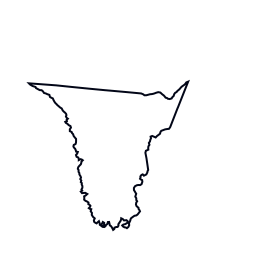 outline of Araguainha, Mato Grosso, Brazil, rotated 61°
{"feature_id": "56859067B18780861461560", "entity_name": "Araguainha", "entity_type": "district", "adm_level": 2, "iso_a3": "BRA", "parent_name": "Brazil", "parent_adm1": "Mato Grosso", "projection": "robinson", "projection_center": [-53.085, -16.703], "detail": "fine", "context": "isolated", "style": "outline", "palette": "ink", "viewbox_px": 256, "rotation_deg": 61, "n_neighbors": 0, "source": "geoboundaries", "source_scale": "gbopen_adm2", "svg_char_len": 3472}
<svg xmlns="http://www.w3.org/2000/svg" viewBox="0 0 256 256"><g transform="rotate(61 128 128)"><path d="M175.4,199.6L176.7,198.8L177.9,198.6L178.7,199.7L179.1,201.1L180.2,200.6L181.2,199.5L182.7,201.0L184.8,200.7L186.4,201.8L188.7,201.7L190.9,200.9L192.2,202.6L193.6,203.1L195.1,202.5L196.2,201.7L195.8,200.5L195.4,198.6L197.2,198.9L198.9,199.5L199.5,198.2L198.8,196.7L198.0,195.6L199.4,194.8L201.2,195.9L201.3,197.2L200.9,198.7L202.1,198.2L203.1,196.8L203.0,195.4L202.2,194.3L201.9,192.5L200.5,191.2L201.0,190.1L202.8,190.6L204.4,191.1L205.4,190.5L206.7,190.3L208.2,190.3L209.9,190.4L209.7,189.0L208.6,188.1L208.9,186.2L209.5,185.1L208.8,183.7L207.5,183.1L206.7,181.6L205.7,179.6L204.7,178.4L203.7,177.7L205.1,176.7L206.9,176.3L207.9,174.0L209.4,173.5L210.7,174.7L210.7,177.1L210.2,178.9L210.4,180.3L211.7,180.1L213.2,179.2L214.0,178.1L215.1,177.5L214.7,175.6L213.5,174.0L212.0,173.5L211.0,172.2L210.1,170.9L209.1,170.1L208.4,169.0L208.1,166.8L207.9,164.9L208.5,163.1L208.3,161.6L207.5,159.7L206.7,157.9L205.2,157.8L204.0,158.0L202.8,157.5L201.6,158.0L200.4,158.4L198.7,158.1L197.2,156.9L196.5,155.5L195.1,155.7L193.4,154.8L191.6,154.9L190.7,154.0L189.5,152.7L188.2,152.8L186.9,152.8L185.2,152.9L183.3,151.9L182.3,150.0L182.4,147.8L183.0,146.3L183.8,145.1L183.7,143.4L182.0,141.5L180.4,140.9L179.3,141.7L178.2,142.1L177.4,141.1L176.3,140.6L175.6,139.0L175.7,137.6L177.4,137.2L177.5,134.5L176.3,132.7L175.2,131.8L174.5,130.7L163.4,126.5L158.1,124.8L156.6,123.4L156.8,120.7L155.4,120.1L153.9,119.0L153.1,117.4L151.2,117.0L150.4,115.3L149.0,114.1L148.2,112.9L146.5,112.4L146.7,110.7L148.6,109.2L149.7,108.4L149.1,106.6L148.8,104.4L148.5,102.7L147.4,101.8L146.6,100.3L146.9,98.3L147.2,96.2L147.9,94.2L148.6,92.6L147.7,90.7L134.9,75.3L134.0,74.1L116.6,52.9L116.4,54.9L117.3,56.8L117.6,58.3L117.8,60.4L118.2,62.1L118.8,63.5L119.3,65.3L119.5,66.7L120.1,68.1L120.1,69.7L120.8,71.2L122.1,72.5L122.6,74.4L123.3,75.5L122.9,77.5L121.7,79.0L120.6,79.4L119.7,80.4L118.4,80.6L116.9,80.9L115.4,81.6L114.3,82.0L112.7,82.5L111.3,84.2L110.8,86.4L110.6,88.0L110.3,89.4L109.8,91.0L109.2,92.2L108.8,93.9L108.2,96.2L107.3,97.8L106.0,98.3L104.2,99.7L101.6,103.5L96.0,111.7L87.8,123.8L83.7,129.9L75.0,142.6L64.0,158.5L55.9,170.1L40.9,193.0L42.4,192.6L43.5,192.0L45.0,191.1L46.2,190.0L47.3,189.0L48.5,189.1L50.4,187.9L52.0,186.9L53.1,185.2L54.8,184.6L56.6,184.5L58.1,183.0L59.3,182.2L60.9,180.7L63.0,181.2L64.2,180.5L65.7,179.4L67.6,179.6L69.5,179.6L71.1,179.4L72.6,178.9L73.7,178.7L75.2,178.1L77.0,177.5L78.8,176.5L81.0,176.6L82.6,176.2L84.1,175.6L85.7,175.3L86.9,175.6L87.8,176.7L89.4,176.7L90.7,176.1L91.1,177.7L92.4,178.1L92.2,179.9L93.3,179.9L95.1,178.9L96.7,178.5L98.4,177.4L100.0,177.7L100.9,179.5L102.6,180.4L104.2,179.2L105.4,179.4L106.8,179.0L108.6,179.4L110.6,179.1L112.3,178.7L114.0,179.6L115.6,180.6L116.6,181.7L116.5,183.6L117.5,184.6L118.7,184.8L120.6,184.3L122.2,184.5L123.5,184.8L124.6,183.5L125.7,184.8L126.4,186.6L128.3,186.9L129.7,185.8L131.1,186.0L132.2,186.6L132.2,184.7L133.2,183.7L134.3,183.2L134.8,185.0L135.8,185.7L136.9,186.9L137.4,188.7L138.2,190.6L139.4,191.7L140.8,191.6L142.4,192.5L143.8,192.4L145.0,193.0L146.1,193.0L147.3,192.9L148.7,193.2L149.5,194.5L151.3,194.3L152.4,195.5L153.8,195.1L155.0,195.9L156.6,196.0L158.2,196.9L159.2,198.5L160.6,198.4L160.7,200.1L162.7,199.8L163.4,198.1L164.0,196.8L166.0,195.6L166.5,197.9L166.5,199.5L168.0,200.1L169.4,201.1L171.1,200.5L172.2,199.6L174.0,198.7L175.4,199.6Z" fill="none" stroke="#020617" stroke-width="2"/></g></svg>